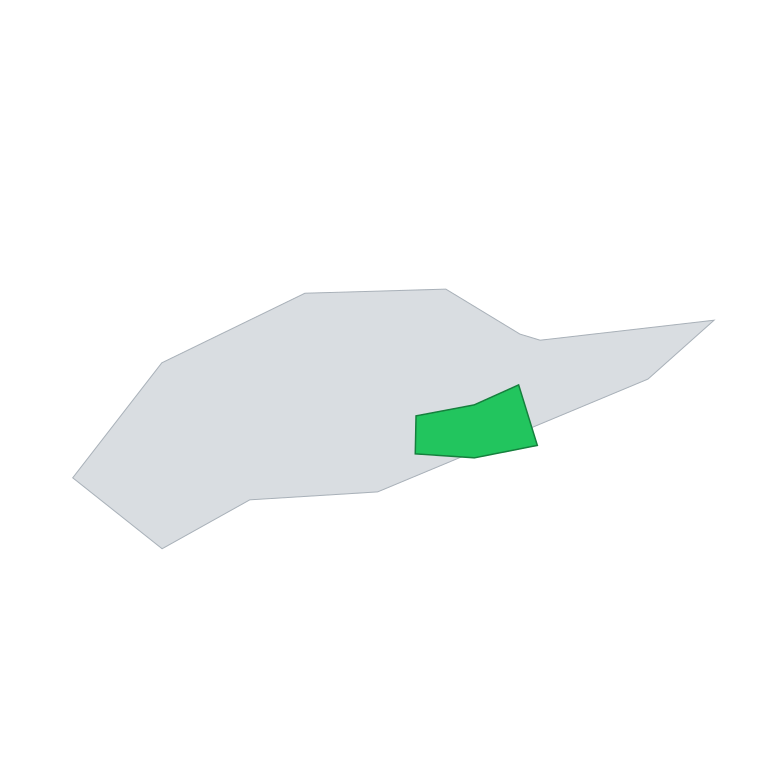 Ngiwal highlighted on a map of Palau, rotated 58°
{"feature_id": "PLW-5257", "entity_name": "Ngiwal", "entity_type": "state/province", "adm_level": 1, "iso_a3": "PLW", "parent_name": "Palau", "parent_adm1": "", "projection": "mercator", "projection_center": [134.634, 7.565], "detail": "fine", "context": "in_parent", "style": "filled", "palette": "green", "viewbox_px": 768, "rotation_deg": 58, "n_neighbors": 0, "source": "natural_earth", "source_scale": "10m", "svg_char_len": 459}
<svg xmlns="http://www.w3.org/2000/svg" viewBox="0 0 768 768"><g transform="rotate(58 384 384)"><path d="M406.1,659.5L298.6,697.7L248.3,561.2L265.1,403.0L336.3,281.3L413.7,242.3L429.6,228.4L504.8,70.3L519.7,157.5L472.1,446.6L411.1,559.2L406.1,659.5Z" fill="#d9dde1" stroke="#a8b0b8" stroke-width="1"/><path d="M517.3,286.5L494.5,346.5L459.8,394.5L428.0,373.7L449.5,318.6L456.1,270.3L517.3,286.5Z" fill="#22c55e" stroke="#15803d" stroke-width="1.5"/></g></svg>